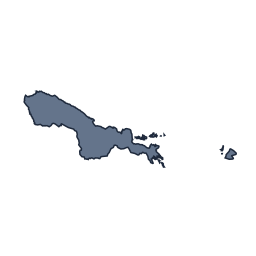 outline of Morowali, Sulawesi Tengah, Indonesia, rotated 325°
{"feature_id": "22746128B26432903559283", "entity_name": "Morowali", "entity_type": "district", "adm_level": 2, "iso_a3": "IDN", "parent_name": "Indonesia", "parent_adm1": "Sulawesi Tengah", "projection": "equal_earth", "projection_center": [122.297, -2.895], "detail": "fine", "context": "isolated", "style": "filled", "palette": "slate", "viewbox_px": 256, "rotation_deg": 325, "n_neighbors": 0, "source": "geoboundaries", "source_scale": "gbopen_adm2", "svg_char_len": 5918}
<svg xmlns="http://www.w3.org/2000/svg" viewBox="0 0 256 256"><g transform="rotate(325 128 128)"><path d="M107.8,134.8L108.9,136.5L108.5,137.6L108.7,138.5L110.1,141.1L112.8,142.6L115.4,143.1L116.9,143.8L116.9,145.5L116.3,149.7L119.1,152.9L120.5,155.6L121.4,156.2L123.2,155.6L124.3,156.7L125.9,156.3L126.3,156.5L126.9,157.9L128.4,159.0L128.1,162.4L126.8,165.4L127.3,167.3L126.8,169.4L127.9,171.2L128.3,171.3L128.6,170.7L129.3,166.9L129.9,167.2L130.7,166.6L130.9,167.1L131.2,167.3L132.0,166.4L132.5,166.7L132.4,166.3L133.0,165.9L133.2,166.4L132.5,167.1L133.1,167.4L132.4,168.1L132.5,168.5L132.0,168.8L132.2,169.4L132.7,169.5L132.8,168.6L133.3,168.2L133.5,168.4L133.2,169.1L133.4,168.8L133.5,169.3L133.7,169.1L133.7,169.6L134.3,169.4L134.3,169.8L135.2,168.6L135.2,168.9L135.5,168.7L135.4,168.0L135.8,167.6L136.3,168.4L136.3,169.9L136.9,169.5L137.2,169.9L137.1,170.1L137.5,170.1L137.6,170.8L137.3,170.4L137.3,170.8L137.7,171.3L137.6,172.0L137.8,171.7L138.0,172.2L138.0,171.8L138.6,171.3L138.2,170.3L138.5,169.6L138.1,169.4L138.1,168.8L137.6,168.2L137.9,168.0L137.9,168.4L138.3,168.4L138.2,168.2L138.5,167.7L138.3,167.4L138.2,167.0L138.4,167.0L137.6,163.6L138.2,163.0L138.1,162.2L138.8,161.6L141.6,161.7L142.7,161.0L142.9,160.4L141.2,158.4L141.1,157.3L140.2,157.4L140.6,157.8L140.7,158.8L139.5,158.7L139.4,156.4L138.5,156.2L138.1,155.8L137.9,154.6L136.3,155.0L135.2,155.8L135.3,156.1L134.4,156.2L134.0,156.7L133.2,156.3L132.1,154.9L131.3,152.0L130.3,150.6L130.2,149.9L128.2,148.4L127.6,147.1L126.1,146.0L125.1,145.8L124.4,144.7L123.6,144.3L123.0,141.6L122.6,141.7L123.9,141.0L124.2,140.2L125.2,140.3L125.5,138.9L127.7,135.2L127.8,133.9L128.8,131.8L128.9,131.0L128.4,129.8L126.5,127.7L125.3,127.1L124.1,127.5L123.4,127.2L123.2,127.6L123.2,126.4L122.9,126.1L122.0,126.7L122.0,127.1L120.9,127.1L120.0,128.6L119.3,128.7L119.0,126.7L117.9,126.1L117.4,125.2L117.4,123.8L118.1,122.3L117.4,119.9L116.8,119.3L116.3,119.7L115.6,119.4L114.4,116.7L113.5,115.9L108.9,115.9L107.5,113.2L107.0,112.8L106.7,111.4L104.1,108.6L102.5,107.8L102.2,105.1L102.5,102.7L103.3,102.2L104.4,102.7L104.8,102.1L104.6,100.8L103.7,99.4L103.1,99.6L102.5,97.7L101.8,97.4L101.7,97.1L102.1,96.7L101.4,96.0L100.8,94.4L100.5,91.6L99.7,88.7L99.1,87.7L98.9,86.0L98.0,84.7L97.2,82.3L96.8,82.0L96.6,80.4L96.1,80.1L95.5,78.6L94.7,77.9L94.1,76.8L94.1,75.8L93.6,74.8L92.8,74.1L92.1,72.8L91.0,71.7L91.1,70.5L90.6,70.3L90.4,68.8L89.4,67.1L89.3,66.2L88.0,65.1L87.6,62.0L86.7,59.2L84.2,58.5L82.8,56.5L82.2,54.7L80.9,54.1L80.8,53.0L80.0,52.5L79.6,51.0L78.6,50.1L78.1,48.2L77.1,47.8L76.5,47.1L75.8,47.4L75.2,47.2L74.3,45.3L74.0,45.2L74.4,46.1L72.9,46.7L73.2,47.3L72.7,46.4L71.5,47.0L70.2,46.5L69.2,46.5L68.8,46.8L65.7,45.5L65.2,45.7L65.0,45.2L64.3,45.3L63.5,44.5L62.9,42.5L61.6,43.2L59.6,45.1L59.2,46.2L58.4,46.4L57.8,47.4L57.9,51.1L58.4,54.3L57.3,55.5L57.3,56.8L56.7,57.8L56.7,58.8L56.2,58.9L55.9,60.1L55.6,60.2L55.8,60.8L56.3,61.0L56.2,61.5L55.7,62.5L55.8,63.6L55.4,65.0L55.6,65.1L55.4,66.6L55.1,67.9L54.6,68.5L54.5,70.3L53.8,70.6L53.8,70.9L54.1,71.0L54.1,72.0L55.7,73.6L58.3,74.8L59.2,77.3L59.7,77.3L60.4,78.2L61.4,78.4L61.7,79.0L63.0,79.6L64.2,81.8L66.4,81.8L68.6,81.0L69.8,81.6L70.7,83.0L72.1,87.3L73.3,87.0L74.7,87.7L75.2,86.5L76.0,86.5L79.4,93.4L82.9,97.8L82.8,99.4L83.8,101.0L83.7,101.9L82.8,104.1L81.5,105.3L81.0,106.3L80.7,109.7L79.8,111.4L79.6,112.2L78.0,113.5L78.1,118.1L77.1,119.3L76.0,118.8L75.0,119.5L73.5,122.1L73.8,125.1L75.4,126.6L74.9,128.7L75.6,128.9L76.4,130.0L77.0,130.2L77.3,131.0L78.7,130.5L79.4,130.8L79.6,131.4L80.9,131.5L81.8,132.5L82.1,133.5L82.8,133.9L83.9,133.7L86.2,135.4L86.8,136.5L87.4,136.9L89.5,136.0L94.9,139.0L96.5,137.8L98.5,137.3L102.2,135.2L104.9,135.5L106.8,134.3L107.8,134.8ZM200.1,204.0L199.4,203.8L197.6,205.1L193.2,206.1L192.2,207.2L190.4,208.2L193.0,211.7L195.8,213.4L196.7,213.5L197.0,212.7L196.9,210.6L197.2,210.2L201.1,211.5L201.8,211.3L202.2,210.5L201.5,207.1L200.1,204.0ZM136.7,142.0L136.2,142.1L135.6,142.7L134.7,144.4L135.1,145.1L135.8,145.3L135.5,145.6L135.5,146.2L136.7,147.2L137.5,147.0L138.0,146.1L136.7,144.2L136.8,143.5L135.8,143.1L136.1,142.3L136.7,142.0ZM144.1,147.6L143.1,146.9L142.9,147.4L143.2,147.9L143.2,148.7L142.9,148.7L142.7,149.3L143.8,150.1L145.5,150.4L145.8,150.1L145.4,147.5L144.7,147.0L144.1,147.6ZM130.6,140.9L128.9,139.7L128.9,140.1L128.5,140.2L129.2,140.9L129.2,141.4L129.5,141.3L129.4,141.7L130.2,142.4L131.6,142.8L131.7,142.5L131.0,142.0L132.3,141.8L131.8,140.9L130.6,140.9ZM195.7,197.6L196.0,196.8L194.8,198.0L192.7,199.2L191.6,198.9L192.0,200.0L191.6,200.2L192.2,200.7L193.3,200.2L195.7,197.6ZM134.3,143.5L132.9,143.6L132.1,144.2L132.1,144.7L133.3,145.3L133.6,144.9L134.4,145.1L134.6,143.8L134.3,143.5ZM141.6,146.9L140.9,147.1L141.5,148.4L142.6,149.1L142.9,148.4L142.3,147.2L141.6,146.9ZM139.3,172.3L138.8,171.1L138.2,172.7L137.8,172.3L138.1,173.1L138.0,173.4L138.3,173.5L138.7,172.5L138.6,172.9L138.8,173.1L139.3,172.3ZM135.8,175.8L135.4,176.2L135.6,177.0L135.0,177.9L135.1,178.1L135.3,178.2L135.2,177.8L135.5,177.5L135.8,178.2L136.2,177.9L136.2,177.3L135.8,177.6L136.0,176.8L136.3,176.8L136.2,176.5L135.8,175.8ZM135.0,171.9L134.2,172.6L134.5,173.9L135.0,173.1L135.0,172.4L135.2,172.5L135.0,171.9ZM135.4,179.7L134.9,179.5L135.0,180.2L134.8,180.4L135.4,180.8L135.4,179.7ZM147.3,149.3L146.7,149.3L146.5,150.1L147.3,150.2L147.1,149.6L147.3,149.3ZM134.6,147.0L134.7,146.0L133.9,146.4L134.3,146.9L134.6,147.0ZM146.4,150.6L145.9,150.8L146.2,151.5L146.7,151.0L146.4,150.6ZM153.9,155.1L153.8,154.3L153.8,154.2L153.3,155.0L153.9,155.1ZM190.6,203.0L190.3,202.8L189.5,202.6L190.4,203.2L190.6,203.0ZM151.1,153.2L150.2,153.3L150.4,153.6L151.1,153.2ZM147.8,150.7L147.1,150.8L146.9,151.1L147.1,151.2L147.8,150.7ZM145.8,146.6L145.4,146.9L146.2,147.0L146.1,146.8L145.8,146.6ZM132.0,143.2L131.6,143.2L131.6,143.6L132.0,143.7L132.0,143.2ZM134.4,174.6L134.2,173.8L133.9,174.7L134.4,174.6ZM116.1,118.8L115.6,118.9L115.8,119.4L116.1,119.3L116.1,118.8Z" fill="#64748b" stroke="#1e293b" stroke-width="1.5"/></g></svg>